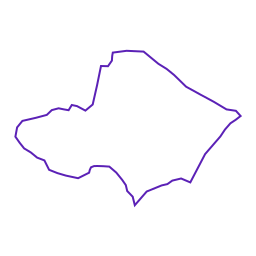 Monte Plata, Robinson projection
{"feature_id": "DOM-1981", "entity_name": "Monte Plata", "entity_type": "Province", "adm_level": 1, "iso_a3": "DOM", "parent_name": "Dominican Republic", "parent_adm1": "", "projection": "robinson", "projection_center": [-69.861, 18.831], "detail": "fine", "context": "isolated", "style": "outline", "palette": "violet", "viewbox_px": 256, "rotation_deg": 0, "n_neighbors": 0, "source": "natural_earth", "source_scale": "10m", "svg_char_len": 864}
<svg xmlns="http://www.w3.org/2000/svg" viewBox="0 0 256 256"><path d="M15.4,136.7L17.1,127.4L22.4,120.9L35.9,117.8L46.8,114.9L51.8,110.1L58.6,108.3L64.0,109.4L68.6,110.2L71.8,105.0L77.0,106.1L85.4,110.6L92.7,104.5L97.1,85.1L101.0,66.0L108.0,66.2L111.9,60.6L112.2,56.0L112.8,52.6L126.6,50.8L143.6,51.6L151.0,57.7L158.4,63.8L166.6,68.9L174.1,75.0L186.1,86.7L200.8,94.8L213.8,101.8L226.5,109.4L235.9,110.8L240.6,116.0L235.7,119.8L230.4,123.3L225.0,129.5L220.4,136.4L205.1,154.1L190.3,182.4L181.1,178.5L172.3,180.6L167.4,184.1L161.7,185.4L146.7,191.5L134.8,205.2L132.7,196.7L127.2,191.0L125.8,185.1L122.2,179.9L116.3,172.6L109.3,166.6L103.3,166.2L97.3,166.0L94.0,166.1L91.0,167.3L89.8,169.9L89.1,172.7L78.1,178.2L65.9,175.6L57.4,173.1L49.1,169.8L44.4,160.4L37.1,157.6L30.9,152.5L24.1,148.4L19.6,142.7L15.4,136.7Z" fill="none" stroke="#5b21b6" stroke-width="2"/></svg>